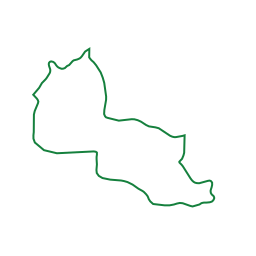 outline of Dowa, rotated 13°
{"feature_id": "MWI-1908", "entity_name": "Dowa", "entity_type": "District", "adm_level": 1, "iso_a3": "MWI", "parent_name": "Malawi", "parent_adm1": "", "projection": "albers", "projection_center": [33.856, -13.529], "detail": "fine", "context": "isolated", "style": "outline", "palette": "green", "viewbox_px": 256, "rotation_deg": 13, "n_neighbors": 0, "source": "natural_earth", "source_scale": "10m", "svg_char_len": 1899}
<svg xmlns="http://www.w3.org/2000/svg" viewBox="0 0 256 256"><g transform="rotate(13 128 128)"><path d="M184.8,122.4L188.3,139.5L188.2,142.3L187.6,145.9L186.5,147.7L185.6,149.3L185.9,150.1L188.6,151.8L190.1,153.0L200.2,163.0L202.1,164.6L204.0,165.7L205.7,166.2L207.6,166.2L209.8,165.8L217.8,161.5L219.3,160.9L220.6,161.0L222.2,162.2L222.8,164.5L222.8,167.0L222.6,169.2L222.6,170.7L223.3,172.6L224.5,173.9L226.6,175.0L227.5,176.1L227.8,177.0L227.6,178.5L227.1,179.6L226.5,180.6L225.4,181.4L224.3,182.0L221.0,183.1L218.8,183.6L217.4,184.2L216.5,184.7L216.1,185.1L215.8,185.4L214.9,186.4L208.6,189.9L206.3,189.9L198.2,189.0L195.3,189.4L192.7,190.6L190.0,192.2L185.9,194.0L181.2,195.1L169.6,196.4L166.2,194.5L164.3,192.7L163.1,190.9L162.4,190.0L160.6,188.5L157.8,186.7L156.3,186.1L151.8,184.8L145.2,182.1L139.7,180.8L136.2,180.6L133.2,180.7L122.3,182.3L114.4,182.5L110.3,181.2L107.7,178.9L106.7,176.0L105.9,170.5L104.4,165.4L103.9,163.2L103.7,160.9L103.2,158.9L102.0,158.4L100.0,158.5L64.4,168.6L51.1,168.5L40.5,163.1L38.3,159.7L37.5,156.4L37.1,153.2L33.3,136.1L33.3,132.5L34.7,124.2L34.7,122.4L33.6,120.8L32.5,119.8L28.2,116.9L32.4,108.8L34.0,103.6L36.8,99.0L37.5,97.5L39.3,92.3L39.5,91.0L39.4,89.7L39.1,88.6L38.5,87.5L37.3,85.6L36.8,84.5L36.4,83.5L36.4,82.2L37.0,81.1L38.1,80.4L40.1,80.4L41.4,80.9L42.5,81.6L43.2,82.4L44.9,83.8L45.6,84.2L46.4,84.6L47.5,84.9L48.8,85.1L50.2,85.2L51.6,84.7L53.0,83.8L54.7,81.3L56.5,79.9L59.0,75.3L59.9,74.3L63.2,72.6L65.2,71.1L66.1,70.0L67.0,68.3L69.0,63.2L72.5,59.6L74.3,67.9L75.4,68.9L77.1,70.2L79.7,71.6L82.9,74.1L88.9,80.0L92.1,84.7L94.7,89.4L99.6,102.2L100.3,105.4L100.9,115.8L101.6,119.8L102.9,121.6L104.1,122.5L105.7,122.7L117.4,122.9L129.6,118.6L132.2,118.1L135.7,118.2L139.2,118.9L144.9,121.0L148.1,121.7L154.5,121.2L158.0,121.3L170.8,126.1L173.1,126.5L175.0,126.5L176.5,126.2L182.8,123.5L184.8,122.4Z" fill="none" stroke="#15803d" stroke-width="2"/></g></svg>